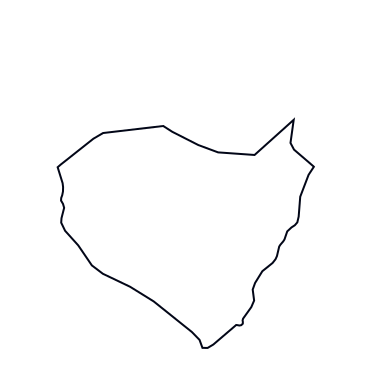 SVG path tracing the border of Dikhil, rotated 308°
{"feature_id": "DJI-1569", "entity_name": "Dikhil", "entity_type": "Region", "adm_level": 1, "iso_a3": "DJI", "parent_name": "Djibouti", "parent_adm1": "", "projection": "mercator", "projection_center": [42.104, 11.405], "detail": "fine", "context": "isolated", "style": "outline", "palette": "ink", "viewbox_px": 384, "rotation_deg": 308, "n_neighbors": 0, "source": "natural_earth", "source_scale": "10m", "svg_char_len": 909}
<svg xmlns="http://www.w3.org/2000/svg" viewBox="0 0 384 384"><g transform="rotate(308 192 192)"><path d="M119.5,313.1L117.4,312.8L115.9,311.5L115.2,310.0L114.4,308.7L84.9,302.7L78.7,300.3L76.9,297.9L75.6,296.2L80.1,289.0L81.6,278.1L82.2,229.2L79.2,201.5L72.7,172.2L72.5,158.3L79.9,135.2L83.3,115.9L87.3,107.8L91.0,105.3L100.8,101.0L103.2,97.7L104.6,94.1L106.8,92.6L109.6,91.7L113.0,90.0L116.5,87.4L119.3,84.6L128.8,70.9L132.9,71.7L173.3,81.5L183.7,85.6L226.3,128.7L227.3,139.4L232.9,168.1L239.3,188.2L259.7,218.5L311.5,227.7L291.3,239.4L288.2,246.3L287.0,271.9L286.9,272.5L277.3,273.3L254.9,280.2L238.3,291.2L232.9,293.7L229.1,293.5L225.3,292.2L219.6,291.3L211.5,294.1L209.3,294.3L204.9,294.1L202.7,294.3L193.8,298.4L190.5,299.2L185.7,299.2L172.9,296.2L159.2,297.7L152.5,299.9L144.7,307.8L137.8,309.6L123.7,310.2L122.0,310.9L120.9,312.1L119.5,313.1Z" fill="none" stroke="#020617" stroke-width="2"/></g></svg>